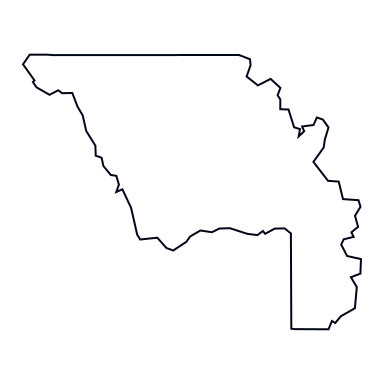 the district of Yolo, California, United States of America
{"feature_id": "52423323B16290955064252", "entity_name": "Yolo", "entity_type": "district", "adm_level": 2, "iso_a3": "USA", "parent_name": "United States of America", "parent_adm1": "California", "projection": "robinson", "projection_center": [-121.864, 38.619], "detail": "fine", "context": "isolated", "style": "outline", "palette": "ink", "viewbox_px": 384, "rotation_deg": 0, "n_neighbors": 0, "source": "geoboundaries", "source_scale": "gbopen_adm2", "svg_char_len": 1157}
<svg xmlns="http://www.w3.org/2000/svg" viewBox="0 0 384 384"><path d="M53.2,55.1L47.8,54.7L29.7,54.7L23.0,64.3L34.5,80.4L32.9,82.0L36.5,87.3L49.5,94.8L58.2,90.3L62.2,93.2L72.3,93.0L77.5,106.6L82.7,115.4L86.2,130.9L95.4,145.7L95.7,155.7L101.6,157.7L103.4,166.0L110.8,175.0L116.3,175.8L118.9,184.6L116.3,192.0L122.4,189.3L131.1,207.9L137.2,234.7L140.2,239.5L157.3,237.7L166.4,248.0L173.2,250.5L186.4,241.8L190.1,236.5L200.4,230.5L211.9,232.2L219.5,228.5L229.9,228.2L247.2,233.8L257.4,235.1L262.9,231.0L265.1,233.8L274.8,228.6L284.6,228.4L290.9,233.4L291.3,328.7L294.1,329.1L328.5,329.3L331.9,321.0L335.2,323.0L340.8,316.3L354.9,308.2L356.8,287.1L350.9,277.2L360.4,273.6L361.0,259.1L347.1,256.0L341.2,244.6L343.7,239.3L353.6,236.9L351.4,232.3L358.1,226.8L355.0,215.8L360.5,206.8L358.5,200.2L343.0,199.1L338.7,181.6L328.0,180.8L313.4,161.9L323.7,147.5L324.8,139.7L328.5,127.5L322.8,119.5L316.9,117.5L313.5,125.0L302.1,126.5L304.2,131.2L298.7,136.4L300.0,129.1L294.1,127.3L288.5,109.5L280.3,109.2L280.3,99.4L277.6,95.3L280.4,87.9L270.6,78.9L257.9,85.4L246.6,76.5L250.6,65.2L250.0,59.2L239.0,55.0L53.2,55.1Z" fill="none" stroke="#020617" stroke-width="2"/></svg>